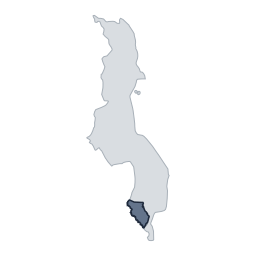 Chikwawa, Chikwawa, Malawi (highlighted)
{"feature_id": "42251766B28594103932184", "entity_name": "Chikwawa", "entity_type": "district", "adm_level": 2, "iso_a3": "MWI", "parent_name": "Malawi", "parent_adm1": "Chikwawa", "projection": "robinson", "projection_center": [34.783, -16.215], "detail": "fine", "context": "in_parent", "style": "filled", "palette": "slate", "viewbox_px": 256, "rotation_deg": 0, "n_neighbors": 0, "source": "geoboundaries", "source_scale": "gbopen_adm2", "svg_char_len": 6667}
<svg xmlns="http://www.w3.org/2000/svg" viewBox="0 0 256 256"><path d="M100.5,149.9L99.1,147.7L98.0,148.3L96.4,149.8L95.6,150.2L95.2,150.1L94.9,149.7L94.5,148.8L93.3,146.1L92.0,144.1L90.5,143.4L89.4,142.5L89.9,141.6L90.4,141.0L90.2,140.4L89.5,139.5L87.0,138.1L86.9,137.5L89.2,136.4L90.6,135.0L91.5,133.6L92.8,130.7L93.7,127.8L94.5,126.9L94.7,125.0L94.6,122.8L95.1,120.0L95.3,117.4L94.5,116.4L93.9,114.6L94.7,111.6L95.8,109.6L101.5,107.4L105.4,105.5L106.3,104.6L107.6,103.0L108.4,101.3L107.8,100.9L104.7,100.8L104.0,100.2L101.7,94.5L102.9,88.0L103.0,85.4L103.0,82.2L102.6,79.9L101.6,78.9L101.0,77.7L101.2,74.3L102.1,73.9L104.1,69.4L104.9,66.7L103.9,64.6L102.7,61.5L102.2,59.6L101.9,59.0L102.7,57.8L104.0,56.6L105.5,56.3L107.1,55.8L112.0,50.2L112.1,49.1L111.2,47.2L109.3,44.4L108.9,43.2L108.7,39.8L108.0,38.8L105.2,36.5L103.1,34.1L103.8,31.6L104.1,29.0L103.1,27.5L101.5,26.0L100.6,23.7L100.2,22.1L98.9,21.4L97.8,21.4L97.0,22.4L96.1,22.4L95.0,22.0L94.7,20.6L94.6,19.0L93.9,18.0L93.2,16.5L93.1,15.7L93.5,15.5L94.5,15.4L98.5,18.3L100.9,18.4L103.6,19.0L105.9,21.6L107.1,21.9L108.7,21.5L113.0,21.3L114.8,21.6L117.0,23.2L117.9,23.4L119.3,23.4L119.6,23.0L119.7,22.1L119.5,20.3L119.8,19.3L120.6,18.3L123.0,19.5L129.0,25.2L129.2,25.9L132.9,31.5L134.2,33.9L134.2,35.1L135.4,40.0L135.6,42.3L135.4,44.0L135.4,45.4L135.9,47.4L135.7,48.3L137.1,51.2L137.7,53.7L137.8,56.1L137.5,58.4L136.3,61.8L136.1,63.2L136.3,64.4L137.1,65.8L138.4,67.3L139.4,69.0L140.0,71.1L140.6,72.0L141.3,72.0L142.5,72.3L143.6,73.6L144.7,75.6L145.1,77.9L145.3,78.9L141.9,78.9L137.7,79.2L136.6,80.2L136.3,82.2L135.0,86.4L134.2,87.9L132.6,90.7L130.4,94.7L129.9,96.0L130.0,97.4L131.3,102.7L132.7,108.4L133.1,110.6L134.1,118.2L134.7,123.5L134.8,126.6L135.2,130.8L136.4,133.1L137.7,134.5L142.5,135.4L144.0,136.4L146.7,139.1L152.7,146.5L155.9,151.2L158.8,155.3L163.9,163.0L167.9,169.0L168.4,174.6L169.1,175.4L167.7,179.6L166.8,186.3L167.5,190.8L167.2,198.4L166.4,206.5L165.5,209.4L164.3,210.5L161.6,211.4L155.4,212.4L154.5,213.3L153.7,214.9L152.5,218.6L151.0,222.4L150.6,224.0L150.9,224.4L152.2,226.3L153.5,231.2L153.7,239.6L153.2,240.3L151.4,240.6L149.5,240.5L148.7,240.1L148.0,239.1L147.4,237.3L148.7,236.1L149.2,233.9L148.3,232.0L146.7,231.6L144.6,229.8L140.2,224.2L136.5,220.3L134.3,217.0L132.1,215.7L131.5,214.9L131.0,213.5L130.9,211.5L131.1,210.0L130.5,208.4L128.2,205.8L127.2,204.4L127.2,202.7L128.1,201.1L130.0,199.1L131.4,195.1L132.0,192.5L134.6,187.2L135.0,182.7L135.1,179.0L134.9,176.3L134.2,170.7L133.7,166.9L130.4,161.8L129.3,161.4L126.2,161.8L123.5,162.5L122.1,163.6L120.1,163.6L114.8,164.5L113.1,164.9L112.2,165.8L111.6,166.0L108.2,162.1L105.3,157.9L101.6,150.7L100.5,149.9ZM139.2,94.4L138.3,94.7L137.7,94.2L137.9,92.6L138.2,91.5L139.1,91.3L139.7,91.6L140.1,92.1L140.1,92.9L139.9,93.8L139.2,94.4ZM137.2,91.6L136.7,93.2L135.6,93.1L134.6,91.8L135.0,90.7L135.9,90.4L136.8,90.8L137.2,91.6Z" fill="#d9dde1" stroke="#a8b0b8" stroke-width="1"/><path d="M141.0,202.4L134.2,202.1L131.8,201.0L131.1,200.7L129.9,200.1L129.5,200.1L129.4,200.1L129.2,200.2L129.1,200.3L128.9,200.4L128.8,200.5L128.7,200.6L128.5,201.0L128.3,201.1L128.2,201.4L128.0,201.5L127.8,201.6L127.8,201.9L127.8,202.1L127.7,202.3L127.4,202.5L127.4,202.8L127.2,203.0L127.3,203.2L127.3,203.3L127.5,203.5L127.4,203.6L127.5,203.8L127.4,203.8L127.3,204.1L127.4,204.3L127.5,204.3L127.6,204.2L127.6,204.3L127.4,204.5L127.5,204.9L127.4,205.1L127.5,205.2L127.5,205.3L127.7,205.2L127.8,205.3L127.9,205.5L128.0,205.5L128.3,205.6L128.5,205.6L129.0,205.9L129.2,206.0L129.1,206.3L129.7,206.5L129.9,206.6L130.0,206.9L130.1,207.0L130.2,207.3L130.4,207.6L130.4,208.0L130.5,208.0L130.8,208.3L131.0,208.4L131.2,208.5L131.4,208.6L131.7,208.8L131.7,209.0L131.9,209.3L132.0,209.4L132.0,209.5L131.9,209.7L131.7,209.9L131.7,210.0L131.5,210.3L131.3,210.6L131.0,210.9L131.0,211.3L130.9,211.5L130.9,212.1L131.1,212.2L131.1,212.3L131.2,212.5L131.0,212.8L131.0,213.0L130.9,213.0L131.1,213.2L131.1,213.4L131.2,213.5L131.3,213.7L131.2,213.9L131.2,214.0L131.3,214.0L131.5,213.9L131.5,214.0L131.5,214.5L131.6,214.9L131.7,215.0L131.8,215.3L132.0,215.3L132.2,215.6L132.4,215.6L132.4,215.8L132.5,215.8L132.9,215.9L133.0,215.7L133.1,215.8L133.1,216.0L133.3,216.0L133.5,216.2L133.8,216.1L134.0,216.1L134.1,215.8L134.4,216.0L134.5,216.1L134.7,216.3L134.7,216.5L134.9,216.5L135.0,216.7L135.4,216.7L135.4,216.8L135.5,217.0L135.4,217.5L135.5,217.7L135.5,217.8L135.8,218.2L135.8,218.3L135.8,218.7L135.8,218.8L135.8,219.0L135.9,219.4L135.9,219.5L136.0,219.6L136.0,219.8L136.2,220.0L136.4,219.9L136.5,219.9L136.6,220.0L136.8,220.0L137.0,220.2L137.1,220.4L137.3,220.3L137.3,220.5L137.4,220.8L137.5,220.8L137.7,220.7L137.8,220.5L138.1,220.5L138.2,220.4L138.1,220.6L138.2,220.8L138.2,221.0L138.3,221.1L138.3,221.3L138.2,221.6L138.3,221.7L138.2,221.9L138.3,222.0L138.2,222.3L138.4,222.3L138.4,222.2L138.5,222.3L138.8,222.2L139.0,222.1L139.3,222.1L139.5,222.2L139.6,222.3L139.8,222.5L140.0,222.5L140.1,222.8L140.4,223.3L140.6,223.4L140.7,223.6L140.7,223.8L140.7,224.0L140.8,224.2L140.7,224.4L140.5,224.6L140.8,224.7L141.1,224.8L141.3,225.0L141.4,224.9L141.6,225.0L141.8,225.2L141.9,225.3L142.0,225.3L142.1,225.1L142.3,225.3L142.3,225.5L142.5,225.7L142.5,225.9L142.6,226.0L142.6,226.7L142.6,226.8L142.7,227.1L142.7,227.3L142.8,227.4L143.0,227.3L143.3,227.7L143.5,227.6L144.0,227.8L144.1,227.7L143.9,227.6L143.9,227.4L144.0,227.3L144.0,227.1L144.1,226.9L144.3,226.5L144.5,226.4L144.6,226.2L144.8,226.1L145.0,226.0L145.4,225.9L145.5,225.7L145.7,225.4L145.7,225.2L145.7,224.9L145.6,224.7L145.7,224.2L146.0,223.9L146.1,224.0L146.4,223.6L146.5,223.6L146.4,223.4L146.6,223.3L146.6,223.2L146.8,223.0L147.0,223.0L147.1,222.9L147.1,222.7L147.3,222.6L147.5,222.5L147.6,222.2L147.8,221.6L147.8,221.3L148.1,220.5L148.3,219.6L148.4,218.9L148.5,218.9L148.6,218.3L148.8,217.8L148.7,217.6L148.8,217.4L148.9,217.1L149.2,216.8L149.2,216.7L149.0,216.4L148.9,216.3L148.9,216.1L148.9,215.9L148.5,215.5L148.4,215.4L148.2,215.3L147.8,215.1L147.7,214.9L147.6,214.7L147.4,214.4L147.2,214.0L147.1,213.9L147.1,213.7L146.9,213.5L146.8,213.4L146.9,213.0L147.0,213.0L146.2,211.9L145.3,211.4L145.1,211.0L145.0,210.8L144.9,210.6L144.7,210.3L144.6,210.1L144.6,209.9L144.5,209.7L144.4,209.5L144.2,209.3L144.2,209.2L144.1,208.8L144.1,208.6L143.9,208.4L143.9,208.1L143.7,208.0L143.5,207.9L143.4,207.7L143.4,207.4L143.5,207.4L143.6,207.2L143.6,206.9L143.5,206.7L143.4,206.6L143.1,206.5L142.8,206.6L142.7,206.7L142.5,206.8L142.4,206.6L142.6,206.2L142.7,205.8L142.9,205.5L142.9,205.3L143.0,205.3L143.0,205.2L142.9,205.2L142.8,204.9L142.7,204.9L142.6,204.7L142.8,204.6L143.0,204.1L143.2,203.7L143.3,203.6L143.2,203.3L143.2,203.2L143.1,202.8L143.1,202.6L142.9,202.4L141.0,202.4Z" fill="#64748b" stroke="#1e293b" stroke-width="1.5"/></svg>